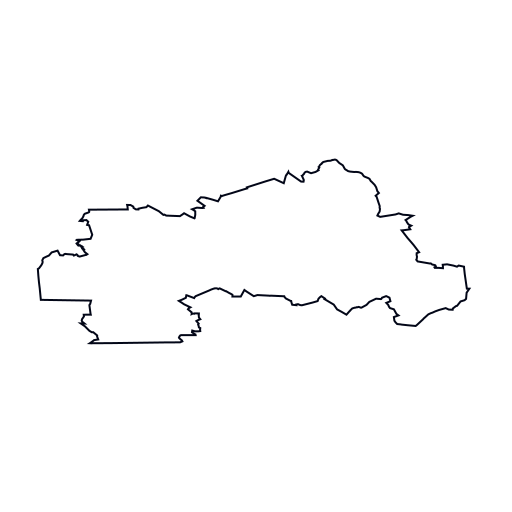 Lībagu pag., Talsi, Latvia (Equal Earth projection), rotated 6°
{"feature_id": "27541924B65314964158479", "entity_name": "Lībagu pag.", "entity_type": "district", "adm_level": 2, "iso_a3": "LVA", "parent_name": "Latvia", "parent_adm1": "Talsi", "projection": "equal_earth", "projection_center": [22.565, 57.178], "detail": "fine", "context": "isolated", "style": "outline", "palette": "ink", "viewbox_px": 512, "rotation_deg": 6, "n_neighbors": 0, "source": "geoboundaries", "source_scale": "gbopen_adm2", "svg_char_len": 5914}
<svg xmlns="http://www.w3.org/2000/svg" viewBox="0 0 512 512"><g transform="rotate(6 256 256)"><path d="M324.1,151.9L322.1,152.6L321.8,152.5L320.7,153.2L319.9,153.5L317.4,153.9L313.0,155.5L312.0,156.8L311.8,157.1L311.7,157.0L311.2,157.7L310.0,159.0L309.4,160.6L309.1,160.9L309.7,161.4L308.7,163.7L309.2,164.2L306.4,166.2L302.1,167.9L298.0,166.7L296.5,167.2L295.6,168.1L295.4,168.6L295.0,169.6L294.4,170.1L293.8,171.4L293.3,171.5L295.5,175.2L295.6,175.7L295.5,177.1L293.1,177.3L279.8,169.9L279.4,168.9L278.1,171.8L277.9,171.8L277.3,173.1L276.0,180.7L266.0,177.3L257.9,180.7L239.7,188.7L240.2,189.7L237.6,190.7L225.0,196.1L218.8,198.6L216.0,199.8L215.9,199.9L214.8,199.7L214.8,200.5L214.6,201.0L212.5,205.6L207.0,204.5L200.5,203.4L200.5,203.6L198.5,203.2L195.0,203.4L192.0,207.2L199.6,211.5L198.3,212.7L198.4,213.1L198.8,213.6L197.6,213.9L192.4,214.1L191.9,214.2L187.6,216.2L189.2,216.9L189.3,216.9L189.9,217.3L190.9,217.9L191.3,221.4L191.0,224.9L190.9,225.0L186.2,223.6L180.0,221.0L178.6,222.3L176.2,224.3L162.5,225.2L160.6,224.4L159.6,224.8L154.7,221.6L143.2,217.1L141.9,218.9L138.1,219.9L134.2,221.2L134.2,222.0L131.7,222.2L129.2,221.0L128.8,219.7L125.8,218.4L122.5,218.7L123.0,220.1L123.6,223.1L85.0,227.4L85.5,229.1L85.5,229.5L85.3,229.9L84.7,230.3L81.3,231.9L80.9,232.4L80.4,233.3L80.2,234.6L79.6,236.0L79.1,237.0L78.0,238.2L77.1,239.5L80.2,239.5L80.5,238.5L83.6,238.0L85.6,239.5L84.8,242.7L86.8,242.9L90.9,252.0L89.7,256.2L82.4,257.8L76.2,258.6L76.0,258.8L78.9,259.7L78.5,260.2L76.5,262.1L76.9,262.3L77.0,262.5L76.7,262.8L76.9,263.0L77.6,262.7L77.8,262.7L78.1,262.8L78.3,263.1L78.4,263.4L78.3,263.5L77.8,263.5L77.6,263.6L77.8,263.9L78.2,264.2L79.1,264.2L79.4,264.1L79.4,263.7L79.7,263.7L80.2,263.8L80.4,264.1L82.0,264.6L82.1,264.8L81.8,264.9L81.7,265.0L82.1,265.1L81.7,265.4L81.8,265.5L82.2,265.5L82.3,265.8L82.3,266.0L82.0,266.1L82.1,266.3L82.4,266.1L82.6,266.4L83.1,266.5L83.5,266.5L83.6,266.8L83.8,267.0L83.7,267.0L84.0,267.4L83.5,267.8L85.4,270.1L88.1,271.8L87.0,272.7L86.4,272.8L80.7,275.0L79.3,274.7L78.7,274.5L78.6,274.3L78.5,273.9L77.4,273.1L74.8,274.6L73.9,273.7L67.6,273.9L66.4,273.8L66.0,274.0L65.3,274.1L64.1,275.6L61.0,275.7L58.1,271.4L52.4,273.8L50.0,277.2L47.7,278.5L44.8,280.3L43.9,282.6L44.4,284.0L44.4,285.1L44.0,286.3L43.4,287.7L41.5,290.9L40.4,291.7L41.6,298.4L42.9,304.8L44.3,310.8L46.6,322.1L96.6,317.6L96.1,321.0L95.5,322.0L95.5,322.6L97.5,330.8L97.8,331.6L90.8,332.4L91.2,334.1L89.6,337.0L89.4,338.4L90.0,339.5L92.5,341.1L88.8,341.4L93.2,343.8L98.1,347.8L100.7,349.0L102.1,348.8L106.0,351.4L106.2,351.5L106.3,351.7L106.2,351.8L106.4,352.7L107.8,355.5L103.7,356.6L103.2,357.2L101.4,358.8L101.4,359.0L101.0,359.2L99.9,360.1L101.9,360.0L102.0,359.9L120.9,357.8L173.3,351.6L189.5,349.8L191.7,348.6L191.1,347.7L189.7,346.8L188.6,346.0L188.1,345.5L187.9,345.3L188.0,344.9L188.3,344.0L189.0,342.9L189.4,342.7L190.0,342.5L204.2,341.0L204.0,340.4L203.8,340.4L200.3,338.5L200.4,336.8L203.1,337.3L206.8,336.9L208.4,336.5L208.1,335.3L208.1,333.5L206.7,333.0L206.2,331.4L205.6,330.3L206.1,329.3L203.5,326.9L204.6,326.1L207.2,324.7L205.7,323.2L205.2,320.9L205.3,320.9L205.2,319.1L200.9,319.5L200.6,319.9L199.3,319.8L198.1,320.5L198.2,319.7L197.7,319.1L197.7,318.6L193.9,316.1L194.5,315.0L196.1,313.9L189.4,311.5L187.6,310.5L184.0,308.7L187.1,307.1L190.6,304.9L190.8,302.3L191.2,302.3L198.9,304.3L199.1,303.7L200.1,302.3L213.0,295.2L215.0,294.0L217.5,292.8L218.0,292.7L218.3,292.5L220.8,292.2L220.6,292.3L221.3,292.5L221.9,292.9L223.0,292.1L223.3,292.0L229.2,294.1L230.0,294.3L230.1,294.2L233.4,295.7L234.6,296.1L236.6,297.0L236.8,298.0L236.8,298.8L245.1,297.9L248.0,291.0L250.1,292.2L258.0,296.2L259.2,295.7L261.5,294.7L272.8,294.1L274.1,294.1L274.8,293.9L288.3,293.1L288.5,293.6L290.1,295.1L295.2,297.1L295.7,297.1L296.2,298.7L297.1,300.7L301.3,300.7L301.1,300.0L302.8,299.5L305.1,300.2L306.8,300.2L317.1,296.4L322.0,294.4L322.6,292.0L323.8,290.4L325.2,289.1L329.0,291.1L328.6,291.7L338.4,296.2L342.2,300.6L347.0,302.6L352.1,304.9L354.8,301.1L355.3,300.6L355.5,300.1L356.0,299.6L356.7,298.7L356.8,298.5L356.9,298.4L357.4,298.0L359.8,297.0L360.2,297.0L361.2,296.6L361.5,296.4L362.2,296.4L363.3,295.9L364.0,296.0L365.5,296.4L366.1,296.4L366.5,296.2L366.9,295.9L371.0,293.1L373.5,289.8L378.6,286.7L379.9,285.9L384.7,285.8L385.1,285.6L385.7,284.3L389.4,282.4L389.8,282.3L393.1,283.5L394.4,286.9L390.5,289.0L392.6,290.8L393.6,292.6L394.7,293.8L398.7,294.6L401.7,298.9L403.9,300.2L399.5,302.3L400.4,305.9L401.6,307.3L403.5,308.9L407.1,308.9L408.0,309.0L413.9,309.0L422.1,308.9L423.4,307.6L428.9,301.3L429.3,300.6L430.1,299.8L433.5,296.0L436.0,294.5L437.4,293.9L440.1,292.3L443.8,290.5L450.1,288.0L453.3,289.1L457.2,288.9L457.3,287.6L460.0,285.0L461.2,284.5L464.2,279.8L468.0,278.2L469.4,276.7L469.3,270.5L471.6,266.2L469.1,266.4L465.5,252.2L464.3,246.7L464.0,244.9L458.6,244.3L457.0,245.6L453.3,244.9L446.9,244.3L442.6,245.2L443.0,246.9L443.2,248.6L439.3,248.7L435.1,249.1L434.7,248.6L436.0,247.7L435.7,247.1L435.3,246.5L433.8,246.2L432.2,246.1L430.6,245.1L429.7,245.3L417.3,244.5L415.8,243.0L416.1,242.4L416.2,239.9L415.8,238.8L415.6,237.9L415.5,236.4L417.8,235.2L411.7,228.7L409.2,226.3L404.8,222.2L398.2,215.3L400.7,214.8L406.6,213.3L405.1,211.4L405.3,210.8L406.1,210.4L407.2,209.6L404.7,208.8L404.0,208.3L402.5,206.5L401.7,205.2L401.0,204.6L405.9,200.7L407.6,199.6L403.0,199.4L397.9,199.6L393.5,198.7L390.4,200.1L375.4,204.1L372.5,203.1L373.1,201.3L374.3,198.9L374.4,196.2L373.9,195.2L373.8,193.4L372.2,190.0L369.8,184.6L368.7,183.6L371.6,180.5L369.9,178.8L368.3,175.1L366.5,172.8L363.0,169.9L362.4,169.6L360.8,167.4L359.2,166.7L356.3,165.9L355.2,165.5L354.4,164.9L353.1,163.3L352.4,162.8L350.8,162.2L349.3,161.9L347.0,161.9L344.7,162.2L343.9,162.2L340.7,162.2L339.0,162.0L338.3,161.8L337.3,161.2L336.1,160.7L335.2,160.1L333.9,158.2L333.2,157.2L332.9,156.8L332.6,156.6L329.1,154.8L327.0,153.0L326.6,152.6L326.0,152.2L325.1,151.9L324.1,151.9Z" fill="none" stroke="#020617" stroke-width="2"/></g></svg>